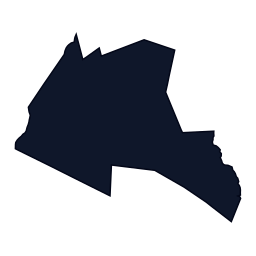 the district of Lagoa do Sítio, Piauí, Brazil
{"feature_id": "56859067B39211727142740", "entity_name": "Lagoa do Sítio", "entity_type": "district", "adm_level": 2, "iso_a3": "BRA", "parent_name": "Brazil", "parent_adm1": "Piauí", "projection": "robinson", "projection_center": [-41.451, -6.495], "detail": "fine", "context": "isolated", "style": "filled", "palette": "ink", "viewbox_px": 256, "rotation_deg": 0, "n_neighbors": 0, "source": "geoboundaries", "source_scale": "gbopen_adm2", "svg_char_len": 1120}
<svg xmlns="http://www.w3.org/2000/svg" viewBox="0 0 256 256"><path d="M110.0,195.8L111.4,165.0L154.8,170.3L184.1,187.1L206.2,202.1L212.9,207.4L231.3,221.6L240.6,198.4L239.8,196.8L238.0,196.0L240.4,195.1L240.3,192.9L240.4,190.0L240.1,187.6L239.3,185.6L237.8,183.4L238.7,181.7L237.7,178.2L236.3,176.7L235.3,173.6L234.2,171.7L232.8,170.2L232.0,167.0L228.0,165.3L225.3,165.1L223.8,164.7L222.3,163.1L221.6,160.7L220.2,157.5L221.2,156.0L221.3,153.6L219.7,151.7L220.2,149.8L218.3,147.6L216.2,145.9L213.1,145.0L212.3,142.0L213.0,139.7L213.0,137.5L213.9,136.0L213.7,133.1L213.8,131.2L182.5,132.7L181.1,129.8L165.6,92.2L167.4,84.3L169.3,74.9L174.7,50.1L172.3,49.3L144.1,39.8L101.3,56.1L99.2,48.0L86.2,57.3L82.8,59.5L76.2,34.4L75.0,37.2L74.6,39.0L74.2,42.1L71.2,43.0L68.9,44.7L67.5,46.1L66.2,48.0L65.0,51.0L64.3,54.4L43.8,84.2L28.4,107.2L28.7,109.3L29.1,111.9L30.3,115.2L29.8,117.7L29.3,119.8L29.0,121.8L28.3,124.4L27.1,127.4L26.2,131.0L24.9,133.0L23.0,134.2L21.3,136.3L19.3,137.9L17.4,139.9L15.8,142.4L15.5,144.3L15.4,148.7L17.7,149.9L51.4,166.5L75.9,178.8L110.0,195.8Z" fill="#0f172a" stroke="#020617" stroke-width="1.5"/></svg>